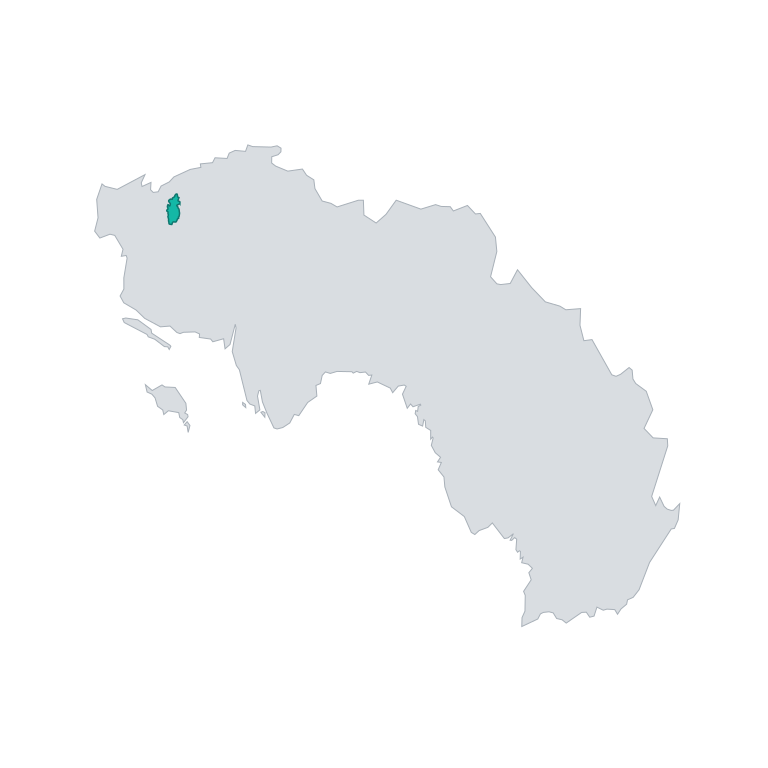 Hylte, Halland, Sweden shown in context, rotated 98°
{"feature_id": "70781695B16577787693192", "entity_name": "Hylte", "entity_type": "district", "adm_level": 2, "iso_a3": "SWE", "parent_name": "Sweden", "parent_adm1": "Halland", "projection": "robinson", "projection_center": [13.281, 56.995], "detail": "fine", "context": "in_parent", "style": "filled", "palette": "teal", "viewbox_px": 768, "rotation_deg": 98, "n_neighbors": 0, "source": "geoboundaries", "source_scale": "gbopen_adm2", "svg_char_len": 5048}
<svg xmlns="http://www.w3.org/2000/svg" viewBox="0 0 768 768"><g transform="rotate(98 384 384)"><path d="M171.7,520.8L174.6,526.8L180.8,526.0L183.3,521.6L186.6,508.9L182.5,494.7L188.1,489.7L191.6,481.9L200.1,479.6L211.4,470.7L212.5,461.7L215.2,455.1L205.6,435.0L204.9,430.0L219.5,427.4L225.7,414.2L215.7,405.6L200.3,397.5L205.7,371.8L199.2,357.9L200.2,352.1L199.2,343.1L203.0,339.4L195.6,326.2L202.9,317.1L201.7,312.4L223.0,294.1L237.1,290.7L263.0,293.4L269.1,286.2L269.3,282.3L266.9,273.0L252.3,267.7L268.0,251.2L280.2,235.7L282.4,220.7L285.2,214.3L282.0,199.8L298.6,198.1L313.3,192.1L311.1,184.2L343.2,159.7L344.1,155.3L341.5,151.1L333.6,143.6L335.7,140.2L344.4,138.2L348.5,134.8L354.7,123.3L372.1,114.2L391.8,120.3L399.9,110.0L398.8,95.8L405.8,94.4L458.1,103.3L466.6,98.0L457.6,95.3L466.2,89.6L468.5,86.1L469.2,82.0L468.7,79.8L461.3,74.5L477.6,73.8L486.6,76.3L487.6,79.4L523.8,96.2L552.3,102.8L560.6,107.6L563.8,112.8L568.3,113.1L573.8,118.0L579.5,120.7L575.3,124.1L575.9,131.9L577.5,135.4L575.3,142.1L584.6,143.7L586.3,147.8L581.8,151.9L582.7,156.5L595.4,170.3L592.7,174.8L592.2,180.4L587.1,184.6L586.6,188.9L588.0,194.4L589.9,197.1L595.3,199.0L605.0,213.8L596.2,214.8L589.3,212.8L573.7,214.7L569.9,216.9L557.4,211.0L550.7,214.3L545.9,211.4L542.4,216.2L541.8,222.8L536.1,222.2L538.4,224.8L530.8,225.6L530.3,226.7L532.0,228.3L529.7,230.3L519.2,231.0L517.9,233.2L521.1,235.8L521.1,237.4L514.2,235.0L519.1,239.7L520.3,243.3L506.5,257.4L511.5,261.2L515.9,269.4L520.4,273.1L518.8,276.9L504.1,286.0L496.2,300.1L477.5,309.4L467.7,311.7L461.4,318.4L453.7,316.3L453.7,320.2L448.7,317.8L444.9,323.7L438.2,328.6L430.6,327.8L429.8,328.6L432.2,330.1L423.5,331.3L421.1,336.6L414.7,338.0L413.7,339.6L420.3,339.9L419.1,344.2L411.7,346.3L409.1,349.0L405.8,348.9L406.4,346.9L401.5,347.0L399.8,344.6L398.9,345.2L402.5,352.1L400.1,354.9L404.8,357.6L391.5,364.3L383.2,361.7L382.2,363.8L384.1,369.6L391.4,374.2L387.2,377.2L382.9,390.9L386.3,399.1L376.8,397.3L377.6,400.4L374.7,404.0L376.1,409.4L375.3,412.8L377.5,416.0L376.3,417.5L378.1,432.3L381.0,438.7L380.2,443.7L384.1,446.4L392.4,447.0L394.9,451.2L405.3,448.8L412.9,457.0L427.2,464.0L426.6,468.6L435.7,471.9L441.2,478.2L443.4,483.6L442.8,486.9L429.1,495.9L418.6,501.9L407.5,505.6L408.1,507.0L413.6,507.6L426.9,503.3L431.0,507.1L423.7,508.9L422.5,514.1L419.4,517.4L390.0,529.2L386.2,532.8L373.0,538.8L349.1,538.3L345.5,539.6L366.3,542.0L371.3,546.3L361.5,549.1L366.0,559.4L363.6,561.9L363.6,573.4L360.1,573.6L358.7,578.3L360.7,589.8L362.5,593.0L361.8,596.3L356.4,604.0L358.5,613.3L352.3,630.1L345.2,639.9L339.8,653.0L333.6,657.6L326.2,654.8L315.1,656.4L295.1,655.9L292.6,657.2L294.1,661.9L286.9,661.2L274.3,671.3L273.8,676.2L279.0,685.7L272.9,691.8L259.2,690.3L241.2,694.2L225.1,691.1L227.1,687.8L228.4,675.3L209.9,649.8L218.6,652.4L222.1,651.1L216.8,642.8L224.1,642.2L226.4,639.2L225.1,634.4L219.0,632.3L213.8,624.8L208.2,620.9L198.5,605.8L195.0,595.5L191.6,596.5L188.7,584.6L183.5,582.8L182.5,570.8L176.9,569.4L173.4,563.9L172.9,553.5L166.2,552.1L167.2,547.1L165.1,528.8L163.0,523.0L164.8,518.8L168.4,518.4L171.7,520.8ZM450.2,577.2L447.3,578.3L445.6,581.6L440.9,583.3L440.5,593.8L444.9,597.8L440.5,599.5L437.6,605.1L429.6,608.8L426.4,612.4L424.9,617.5L417.9,620.2L422.7,612.6L415.8,603.7L417.4,600.5L416.5,590.3L430.7,577.5L437.3,575.9L440.4,577.3L441.6,574.2L443.7,573.5L450.2,577.2ZM359.3,649.8L355.8,652.0L354.6,648.9L354.7,636.7L362.4,622.3L366.0,621.1L375.3,601.5L376.3,600.3L379.7,601.5L377.3,603.3L377.5,606.7L371.6,617.2L370.1,624.0L367.9,625.6L359.3,649.8ZM453.0,573.1L452.4,576.1L448.7,573.7L452.1,570.4L459.2,571.2L453.0,573.1ZM433.5,497.4L429.1,502.0L428.1,500.1L429.0,497.8L433.5,497.4ZM424.3,521.1L421.9,521.4L423.5,518.3L426.6,517.6L424.3,521.1Z" fill="#d9dde1" stroke="#a8b0b8" stroke-width="1"/><path d="M242.3,623.3L243.2,622.9L243.5,622.0L244.2,621.7L245.6,621.6L246.2,621.1L247.4,621.1L248.1,621.3L248.8,621.1L249.9,620.6L251.0,620.2L252.5,620.1L253.5,619.6L254.6,619.4L255.4,619.0L255.6,618.3L255.6,616.4L255.4,616.3L255.0,616.1L254.2,616.1L253.7,615.9L253.0,615.5L252.7,615.0L252.7,613.9L252.7,613.3L252.4,612.5L251.9,612.2L251.1,612.0L250.4,611.7L249.6,611.6L248.9,611.3L248.7,610.6L248.4,610.4L247.9,610.6L247.2,610.8L246.9,610.4L246.3,610.2L245.4,610.2L243.5,610.2L242.6,610.4L241.8,610.7L240.5,611.0L239.3,611.4L238.5,612.3L238.0,612.6L237.2,612.9L236.9,613.3L236.3,614.0L235.7,613.9L235.3,613.6L235.1,612.9L234.3,612.1L234.0,611.3L234.1,611.2L233.1,611.3L232.1,611.4L231.6,612.2L231.5,613.2L230.7,613.6L229.8,613.4L229.1,613.2L228.0,613.0L227.7,613.8L227.4,614.4L226.5,614.7L225.5,614.9L224.7,615.4L224.8,616.3L225.3,616.6L225.9,617.0L226.2,617.3L227.5,617.4L227.8,617.8L228.0,617.9L228.4,618.1L228.6,618.5L229.2,619.3L229.7,619.4L230.5,619.5L230.7,621.4L231.3,621.8L231.6,622.3L232.2,622.7L232.9,622.7L233.7,622.2L234.1,621.7L234.5,621.3L235.1,620.7L236.1,620.6L237.3,620.8L237.6,621.5L237.1,621.9L236.6,622.3L236.5,622.9L237.2,623.1L238.2,623.2L238.9,623.1L239.3,622.7L240.2,622.4L241.1,622.4L241.4,622.9L242.3,623.3Z" fill="#14b8a6" stroke="#0f766e" stroke-width="1.5"/></g></svg>